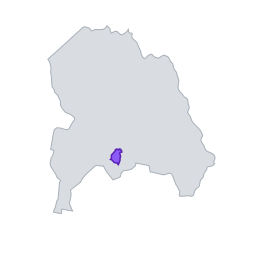 Guit, Unity, South Sudan shown in context, rotated 191°
{"feature_id": "79223893B83086090968913", "entity_name": "Guit", "entity_type": "district", "adm_level": 2, "iso_a3": "SSD", "parent_name": "South Sudan", "parent_adm1": "Unity", "projection": "equal_earth", "projection_center": [30.02, 9.198], "detail": "fine", "context": "in_parent", "style": "filled", "palette": "violet", "viewbox_px": 256, "rotation_deg": 191, "n_neighbors": 0, "source": "geoboundaries", "source_scale": "gbopen_adm2", "svg_char_len": 3857}
<svg xmlns="http://www.w3.org/2000/svg" viewBox="0 0 256 256"><g transform="rotate(191 128 128)"><path d="M198.5,208.7L191.7,217.8L191.2,218.3L190.4,219.0L187.7,219.0L184.9,218.6L182.3,216.2L179.6,218.1L178.0,218.6L177.0,218.8L174.6,219.1L171.3,220.1L169.8,221.3L169.0,222.3L168.4,224.1L168.0,224.3L167.4,224.1L166.6,223.3L164.8,222.3L163.9,220.0L163.1,218.7L162.4,218.0L159.6,220.2L158.3,220.7L157.2,220.7L155.1,219.4L152.9,218.3L151.7,218.3L150.0,219.7L148.1,221.7L147.0,223.7L146.5,224.9L145.9,223.1L145.2,221.9L144.3,221.5L142.4,221.9L141.9,221.3L141.8,219.7L141.6,218.3L141.1,217.2L139.6,216.1L135.9,214.0L133.0,209.6L131.6,207.6L130.5,206.3L129.0,202.8L127.3,200.5L125.3,199.4L123.9,199.9L122.5,202.5L119.8,204.8L118.6,204.9L117.1,203.6L115.1,202.7L111.6,202.3L110.2,203.4L108.3,205.3L106.7,206.3L105.7,206.5L104.7,206.0L103.7,205.8L102.8,205.8L100.9,204.1L99.9,202.9L99.3,201.7L98.2,200.9L97.0,200.2L96.1,199.2L95.6,197.9L95.0,196.2L94.0,194.7L91.2,192.0L90.3,190.4L89.7,188.8L88.6,187.1L87.3,184.8L86.9,181.5L86.9,178.8L86.6,177.5L86.1,176.2L85.5,175.2L84.5,174.0L82.1,172.2L79.7,170.2L78.6,169.1L76.4,168.6L75.1,167.5L74.0,164.9L73.5,162.9L72.4,161.3L72.0,160.2L71.7,158.9L72.6,154.9L71.3,153.5L69.4,151.6L68.1,149.6L67.2,147.8L64.8,145.3L59.5,141.7L56.4,139.4L54.8,137.3L53.3,135.2L53.2,134.4L54.1,132.4L54.3,130.7L53.5,128.8L50.3,125.3L47.8,121.5L45.9,120.3L41.3,119.2L40.0,118.8L38.6,118.1L37.2,116.4L36.8,114.3L37.5,111.1L37.0,110.1L36.2,109.8L36.5,109.1L37.4,107.5L38.8,106.5L42.6,104.9L42.8,104.3L42.9,102.2L43.2,101.2L44.6,98.4L44.7,97.3L44.8,94.9L45.0,93.7L45.4,92.9L46.4,91.5L46.8,90.7L47.0,88.8L46.9,85.2L47.4,83.8L49.9,80.5L50.5,79.0L50.7,77.7L50.7,76.3L50.9,75.0L51.6,73.7L52.2,73.3L54.0,72.9L55.2,73.2L63.6,70.9L64.6,71.2L65.0,72.5L65.0,74.7L65.1,75.7L65.6,76.5L66.9,77.5L67.8,79.2L68.3,79.8L69.7,81.0L75.9,90.7L77.7,91.6L79.4,91.3L82.8,89.3L84.5,88.8L96.5,89.3L97.8,89.0L99.7,94.0L100.6,95.1L113.7,95.1L113.4,93.7L113.6,92.2L115.9,89.2L116.2,88.8L118.2,87.4L120.2,86.5L124.0,85.3L125.4,83.6L126.2,82.0L126.2,78.8L126.7,78.2L127.6,77.5L132.0,74.7L132.7,74.1L140.5,80.7L144.8,85.9L145.1,86.2L145.3,86.3L145.6,86.1L145.7,85.8L146.3,85.6L148.1,85.5L151.7,85.3L152.8,84.7L159.9,75.3L161.7,72.3L162.1,71.7L163.1,69.6L164.2,66.0L164.4,65.6L172.1,56.8L172.4,56.1L172.5,55.6L171.3,52.6L171.1,51.1L171.0,48.8L171.2,45.3L171.1,43.0L171.0,42.4L166.6,35.9L177.5,35.8L177.5,35.0L177.5,34.7L177.3,34.0L177.2,32.9L177.2,32.4L177.2,31.8L177.3,31.6L177.2,31.3L177.2,31.2L177.3,31.1L185.1,31.2L185.0,33.0L184.1,37.3L184.1,39.9L183.9,42.8L183.6,43.6L183.2,44.4L183.1,44.7L183.1,45.0L184.8,61.4L184.7,62.1L184.2,63.1L184.1,63.4L184.1,63.7L184.3,63.9L187.9,65.7L188.1,65.8L189.5,68.0L196.7,75.8L196.9,76.2L197.7,78.6L197.7,79.0L197.8,79.6L197.8,80.1L197.6,81.5L197.6,82.2L197.8,82.6L197.9,83.1L197.9,83.3L197.8,83.6L196.8,86.5L196.4,88.5L196.3,90.2L196.4,91.1L196.5,91.8L196.6,92.0L199.8,92.1L199.8,93.0L200.2,107.9L200.2,109.5L200.1,111.6L199.8,112.5L198.9,113.6L197.8,114.7L195.0,115.0L192.7,115.0L191.1,114.7L188.9,114.6L186.7,114.8L186.0,115.8L183.2,123.7L182.3,125.6L182.1,126.8L182.4,127.5L183.5,128.5L185.9,129.9L188.6,130.7L190.7,131.0L192.1,131.4L193.1,131.9L197.1,135.4L198.3,137.1L199.0,138.6L199.2,140.2L199.7,141.8L203.3,146.7L206.7,149.0L208.0,151.7L209.3,152.9L210.5,154.3L211.1,156.4L212.6,162.3L213.6,165.5L214.6,168.0L215.0,172.2L215.8,174.0L216.7,176.3L218.0,178.3L219.5,179.9L219.8,180.3L205.1,199.7L198.5,208.7Z" fill="#d9dde1" stroke="#a8b0b8" stroke-width="1"/><path d="M136.3,104.2L136.1,103.2L139.1,98.3L138.5,94.9L139.2,93.8L137.8,93.6L135.0,91.5L132.6,91.4L131.8,91.7L131.1,90.6L130.6,90.1L130.0,92.1L129.7,95.2L130.2,97.0L129.9,97.4L129.9,98.8L131.4,101.9L130.6,102.9L129.6,103.0L129.7,104.1L131.3,105.8L132.5,105.8L133.0,104.6L134.1,105.1L135.0,105.2L136.3,104.2Z" fill="#8b5cf6" stroke="#5b21b6" stroke-width="1.5"/></g></svg>